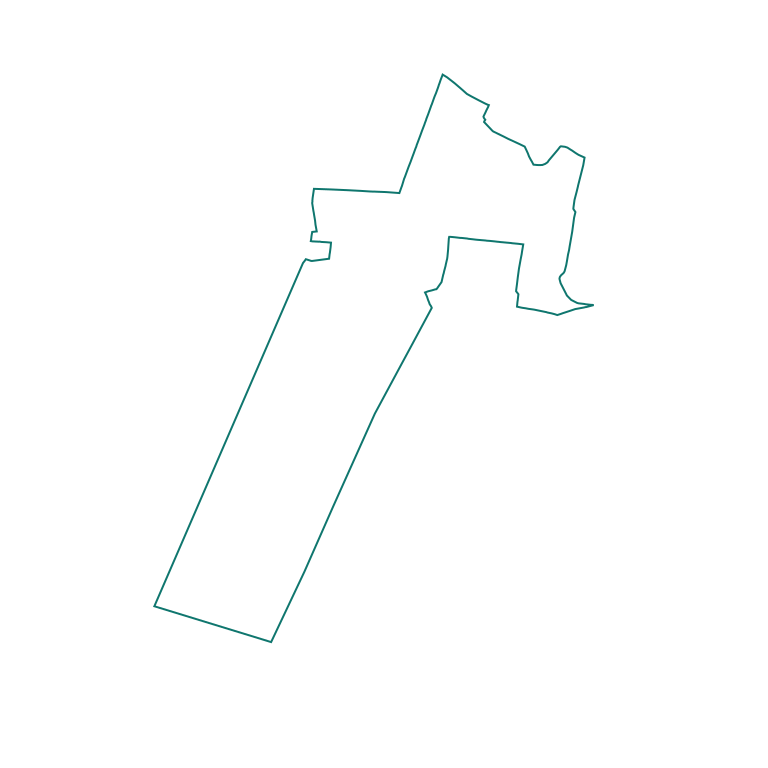 outline of As Safiyah, Amanat Al Asimah, Yemen, rotated 117°
{"feature_id": "15242507B54206098311522", "entity_name": "As Safiyah", "entity_type": "district", "adm_level": 2, "iso_a3": "YEM", "parent_name": "Yemen", "parent_adm1": "Amanat Al Asimah", "projection": "orthographic", "projection_center": [44.221, 15.343], "detail": "fine", "context": "isolated", "style": "outline", "palette": "teal", "viewbox_px": 768, "rotation_deg": 117, "n_neighbors": 0, "source": "geoboundaries", "source_scale": "gbopen_adm2", "svg_char_len": 3322}
<svg xmlns="http://www.w3.org/2000/svg" viewBox="0 0 768 768"><g transform="rotate(117 384 384)"><path d="M91.2,308.1L91.5,314.7L91.2,318.1L90.6,322.5L90.5,324.1L90.1,327.9L90.5,330.5L91.2,332.4L91.9,334.3L92.7,334.8L96.4,335.5L110.1,338.7L111.3,338.8L112.3,339.0L114.7,340.3L117.0,342.4L118.6,345.3L119.4,347.1L120.7,350.4L118.7,353.2L117.7,354.8L115.4,358.1L113.2,360.5L110.6,363.8L108.6,366.4L108.7,372.0L109.1,382.3L109.2,384.7L109.2,389.9L109.4,401.4L109.1,402.6L105.5,412.7L105.1,413.8L104.2,413.9L103.5,413.8L102.6,413.7L102.1,414.8L101.4,416.0L100.5,416.8L95.4,416.9L94.0,417.0L90.1,417.0L87.9,417.2L88.1,418.6L88.2,421.5L88.2,422.5L88.2,423.8L88.2,428.0L88.1,436.5L87.9,441.8L86.3,448.0L85.5,451.1L85.3,452.0L84.0,457.3L82.1,467.1L81.7,472.2L82.4,472.1L87.4,471.6L90.8,471.1L92.7,470.9L93.7,470.7L95.7,470.4L101.3,469.7L104.3,469.5L106.2,469.3L113.0,468.4L114.7,468.3L115.9,468.1L116.8,468.0L123.8,467.1L128.7,466.6L129.4,466.4L133.2,466.0L134.3,465.8L141.1,465.1L145.9,464.5L154.7,463.5L155.9,463.4L158.0,463.0L159.7,462.9L163.0,462.5L165.3,462.2L167.2,462.0L171.4,461.5L173.8,461.2L179.1,460.7L183.3,460.2L188.2,459.6L190.8,459.3L191.7,459.3L199.5,457.9L200.7,457.8L206.9,457.0L212.1,469.4L216.3,478.5L216.6,479.2L218.2,482.5L219.3,485.0L222.1,491.5L227.3,503.2L227.6,503.9L229.1,507.2L234.6,519.3L241.9,535.0L250.5,532.1L253.5,530.9L254.1,530.5L255.3,530.2L261.8,525.5L263.2,524.4L265.0,523.1L269.7,519.6L273.1,517.4L278.6,513.2L281.1,517.0L285.0,515.8L286.3,515.3L288.2,514.6L289.9,514.1L289.4,512.5L286.7,506.5L286.3,505.9L285.9,504.4L284.0,500.1L282.1,495.4L286.3,493.7L291.6,491.8L293.0,491.4L297.3,489.8L307.0,503.9L307.4,504.7L307.5,505.4L307.6,506.2L308.3,510.3L310.0,510.5L313.0,511.1L686.3,487.7L665.2,367.4L587.4,369.7L516.0,373.7L414.6,378.7L356.7,377.4L344.5,377.1L294.5,376.0L293.4,377.3L292.1,379.6L290.8,380.9L289.2,382.8L287.6,384.4L286.7,385.3L285.0,387.4L283.8,389.0L281.3,386.7L278.9,383.9L276.4,381.3L275.8,380.4L274.9,380.1L272.6,379.8L267.1,379.0L259.5,380.9L258.6,381.0L255.9,381.7L254.9,381.9L250.7,382.8L249.8,383.1L245.4,384.2L243.7,384.6L241.7,385.3L234.9,388.0L232.4,389.1L224.9,392.3L223.3,392.7L222.6,391.3L221.1,387.5L219.7,383.7L219.3,382.6L218.6,381.1L216.6,375.9L216.3,374.7L214.6,370.2L213.5,367.2L210.0,358.6L209.7,357.6L208.5,354.8L206.8,350.4L205.7,347.4L205.2,346.2L204.6,344.5L203.9,342.8L202.4,339.0L200.7,334.8L200.5,334.0L198.2,328.2L196.4,323.3L203.1,321.2L206.1,320.2L210.7,318.9L220.0,316.1L228.0,313.3L234.8,310.8L240.2,308.9L241.4,308.4L242.4,306.2L243.0,305.0L248.9,302.8L250.2,302.4L254.7,300.6L253.7,296.7L253.3,295.3L252.2,292.1L251.5,289.6L249.8,284.7L249.4,283.4L246.5,272.8L246.3,272.2L246.1,270.8L245.0,266.8L244.3,263.6L243.9,260.9L241.1,258.1L239.8,256.9L236.3,253.4L234.8,251.9L230.5,247.7L225.0,240.5L224.1,239.5L223.6,238.7L221.0,235.8L218.5,233.0L218.9,234.2L219.7,236.0L220.7,238.7L221.4,240.5L221.8,242.0L223.8,247.3L224.1,248.7L224.1,255.4L222.1,261.3L221.6,261.9L214.0,272.4L211.0,275.1L210.2,275.6L208.7,275.9L206.7,275.6L204.4,274.7L203.1,274.3L202.5,274.3L201.4,274.3L195.4,275.6L191.4,276.8L187.0,278.2L185.1,278.8L180.7,279.9L177.0,281.1L163.0,285.4L149.6,290.1L143.9,291.5L142.0,294.8L140.5,295.4L133.9,297.7L133.2,297.9L125.4,299.6L119.9,300.9L119.3,301.1L98.6,305.8L91.2,308.1Z" fill="none" stroke="#0f766e" stroke-width="2"/></g></svg>